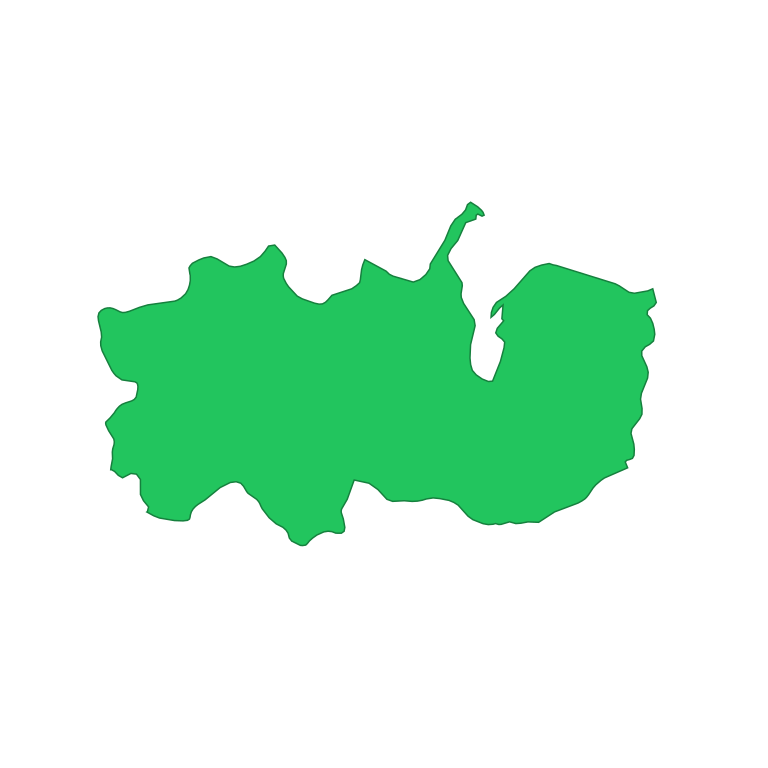 outline of Seti, rotated 245°
{"feature_id": "NPL-1129", "entity_name": "Seti", "entity_type": "District", "adm_level": 1, "iso_a3": "NPL", "parent_name": "Nepal", "parent_adm1": "", "projection": "albers", "projection_center": [81.176, 29.231], "detail": "fine", "context": "isolated", "style": "filled", "palette": "green", "viewbox_px": 768, "rotation_deg": 245, "n_neighbors": 0, "source": "natural_earth", "source_scale": "10m", "svg_char_len": 3891}
<svg xmlns="http://www.w3.org/2000/svg" viewBox="0 0 768 768"><g transform="rotate(245 384 384)"><path d="M368.2,115.0L368.3,115.6L372.1,118.7L379.9,116.7L386.8,116.6L400.4,122.9L406.9,121.6L409.9,116.8L409.5,107.4L413.5,104.6L418.6,102.9L421.5,100.8L421.8,100.1L424.5,101.8L430.9,106.4L437.1,109.0L439.8,110.7L443.4,113.9L445.7,115.2L448.4,115.9L458.0,114.7L464.4,114.7L466.2,115.2L467.1,115.9L469.0,121.3L471.9,127.5L473.3,129.6L474.5,131.9L475.7,134.9L476.3,138.0L476.1,141.8L475.3,148.2L475.5,151.0L476.8,153.8L482.9,158.4L485.6,159.9L487.9,160.5L489.3,160.5L491.2,159.3L498.5,148.2L504.7,144.6L507.9,143.7L511.3,143.1L533.1,142.6L538.4,143.5L541.9,145.0L545.8,147.9L550.7,149.7L562.0,152.0L565.9,153.3L568.9,155.7L570.2,158.9L570.4,162.8L569.8,165.5L568.7,168.0L566.9,170.3L564.7,172.3L560.8,175.4L559.2,177.3L558.2,179.9L557.5,184.0L556.8,194.8L555.5,203.4L547.5,229.5L547.3,232.4L547.7,236.4L549.6,242.3L552.4,246.3L555.8,249.5L559.5,252.1L564.3,254.3L565.8,254.6L571.6,256.3L573.1,258.4L574.4,261.4L574.7,268.6L574.4,273.9L572.6,281.0L567.9,285.6L556.3,293.5L553.2,298.0L551.4,303.5L550.6,310.2L550.4,318.1L551.7,325.8L554.6,332.3L557.8,337.7L556.1,343.7L545.8,346.9L540.7,347.7L537.1,347.6L534.0,346.2L526.6,339.4L524.4,338.3L522.2,337.7L516.5,337.9L512.4,338.6L500.3,342.5L495.6,346.0L486.6,355.2L483.8,358.9L482.6,362.1L482.8,365.5L484.0,368.9L486.4,374.3L483.9,395.0L484.8,400.4L486.1,404.7L488.3,406.5L497.1,412.0L500.9,415.1L504.8,419.2L485.4,433.6L481.2,435.2L477.9,437.8L464.0,453.6L463.4,460.7L465.5,468.2L469.1,474.2L473.2,476.7L488.5,499.9L499.1,511.4L503.2,518.2L504.9,526.3L507.3,531.5L511.3,535.5L512.1,539.3L505.0,543.8L500.2,545.8L497.7,546.3L494.7,546.1L494.7,543.8L498.4,540.8L498.0,538.9L494.7,536.9L495.7,526.3L482.9,511.5L478.4,502.0L473.7,496.0L468.7,494.2L442.9,497.5L440.0,496.5L433.1,491.9L429.8,490.6L423.4,490.2L404.3,492.9L398.3,491.2L383.1,479.1L371.2,472.9L364.9,470.7L359.0,469.8L353.3,471.4L347.0,475.1L342.2,479.6L340.7,483.6L355.2,499.0L366.1,508.1L371.0,511.1L375.2,509.9L379.1,507.6L383.1,506.9L386.6,510.2L390.7,519.2L393.3,518.4L405.3,525.3L404.1,521.0L400.4,513.5L399.2,509.2L403.5,511.6L407.4,515.3L410.4,520.4L412.0,531.6L415.3,542.2L424.9,564.0L425.9,570.2L425.2,577.0L423.4,584.6L420.5,587.6L418.5,590.4L377.1,635.9L373.5,638.7L363.6,644.8L360.4,649.3L356.9,662.4L356.7,667.8L342.8,665.2L340.7,661.6L340.2,657.4L339.1,653.8L335.6,651.8L331.0,653.3L325.3,653.2L319.4,652.0L314.6,650.4L309.1,646.4L307.7,641.6L307.3,636.5L304.9,631.5L300.7,629.6L288.5,629.5L283.0,628.4L278.0,625.4L266.8,613.4L261.9,610.1L252.7,607.5L247.6,605.0L244.5,601.1L238.7,589.8L234.9,587.0L223.9,585.0L218.9,583.2L213.6,580.4L211.6,577.7L211.8,574.6L212.3,571.7L211.4,569.7L205.1,569.4L205.1,568.6L205.7,544.1L205.0,540.0L203.1,533.3L201.4,529.5L197.2,522.6L195.7,519.6L195.0,517.6L194.4,514.0L194.1,509.6L196.0,484.5L193.3,465.7L198.2,456.2L200.0,449.2L201.8,444.5L206.0,439.6L207.3,430.8L208.2,428.6L210.4,426.1L210.8,423.6L212.5,419.1L215.5,414.8L223.5,407.2L228.7,404.3L242.9,400.0L247.1,397.3L251.0,393.8L256.6,386.1L260.0,380.4L261.9,373.9L262.5,369.6L263.7,364.9L265.7,359.9L269.7,352.9L274.0,342.2L278.3,337.9L290.9,333.9L300.4,328.5L309.6,316.4L295.1,302.0L288.8,293.0L288.2,292.4L287.0,291.5L285.3,290.9L278.9,290.1L270.6,287.9L267.4,285.6L266.8,282.3L269.2,277.3L272.2,274.4L274.2,271.1L275.4,267.0L275.5,259.3L274.5,254.0L273.3,250.1L271.8,247.1L271.1,245.0L272.0,241.9L273.1,240.0L280.6,234.0L284.4,233.1L289.3,234.0L292.9,233.5L296.9,231.8L302.8,227.2L311.3,223.4L322.4,220.9L325.4,220.8L328.1,220.9L330.3,220.7L333.2,219.9L342.4,214.6L344.4,214.1L350.7,213.5L354.6,212.3L357.9,208.7L359.7,203.1L359.4,191.7L354.6,172.9L353.5,164.6L352.7,161.3L351.4,158.1L349.6,155.4L347.3,153.3L345.1,151.8L343.8,150.6L343.5,148.3L344.9,144.0L348.8,136.4L357.4,123.9L361.9,119.6L368.2,115.0L368.2,115.0Z" fill="#22c55e" stroke="#15803d" stroke-width="1.5"/></g></svg>